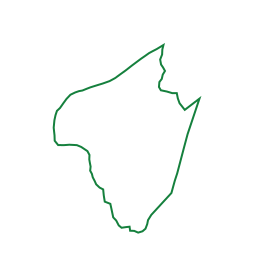 outline of Roteiro, Alagoas, Brazil, rotated 210°
{"feature_id": "56859067B56369687542379", "entity_name": "Roteiro", "entity_type": "district", "adm_level": 2, "iso_a3": "BRA", "parent_name": "Brazil", "parent_adm1": "Alagoas", "projection": "equal_earth", "projection_center": [-35.971, -9.875], "detail": "fine", "context": "isolated", "style": "outline", "palette": "green", "viewbox_px": 256, "rotation_deg": 210, "n_neighbors": 0, "source": "geoboundaries", "source_scale": "gbopen_adm2", "svg_char_len": 1169}
<svg xmlns="http://www.w3.org/2000/svg" viewBox="0 0 256 256"><g transform="rotate(210 128 128)"><path d="M74.8,40.1L71.2,42.0L66.9,42.5L63.8,45.8L62.5,49.5L63.3,54.4L64.6,58.2L64.4,64.4L57.9,93.4L61.1,105.7L62.7,113.3L69.6,138.6L73.3,152.4L80.8,189.2L87.9,172.1L95.7,175.2L99.7,178.6L103.2,182.6L107.2,180.3L112.6,179.0L118.4,177.1L121.7,179.0L123.8,183.5L123.3,187.4L124.6,191.6L124.5,195.9L128.0,198.0L131.1,199.5L134.4,203.4L135.2,208.7L137.5,213.1L138.8,217.6L142.6,210.7L145.1,206.8L147.2,203.4L149.3,198.8L151.3,194.6L153.2,190.2L155.9,183.9L158.8,176.7L161.2,171.4L164.1,164.8L167.4,159.4L172.1,153.9L175.1,150.7L177.6,148.0L180.9,144.4L183.4,141.3L186.2,137.7L188.9,135.4L191.5,132.4L194.5,128.0L195.8,122.5L196.4,117.0L196.9,111.3L198.1,107.3L197.2,102.9L195.6,97.9L192.5,91.1L187.9,84.8L185.1,80.3L180.0,78.3L175.1,81.0L170.4,84.2L163.7,87.6L159.1,88.2L151.6,87.7L147.9,85.4L145.8,81.4L143.3,78.4L141.1,75.9L139.4,72.1L136.3,70.2L133.9,67.7L130.3,65.4L127.4,63.3L122.8,62.2L118.8,62.4L115.2,57.4L111.3,52.6L105.4,53.5L102.2,50.0L96.1,43.2L92.0,42.0L87.3,39.0L83.7,38.4L80.4,41.0L77.3,43.3L74.8,40.1Z" fill="none" stroke="#15803d" stroke-width="2"/></g></svg>